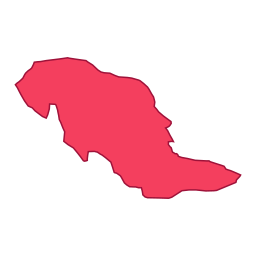 Sumail, Dihok, Iraq (Robinson projection)
{"feature_id": "34846034B96469488868689", "entity_name": "Sumail", "entity_type": "district", "adm_level": 2, "iso_a3": "IRQ", "parent_name": "Iraq", "parent_adm1": "Dihok", "projection": "robinson", "projection_center": [42.773, 36.911], "detail": "fine", "context": "isolated", "style": "filled", "palette": "rose", "viewbox_px": 256, "rotation_deg": 0, "n_neighbors": 0, "source": "geoboundaries", "source_scale": "gbopen_adm2", "svg_char_len": 2219}
<svg xmlns="http://www.w3.org/2000/svg" viewBox="0 0 256 256"><path d="M240.6,175.0L236.4,173.1L230.7,170.7L228.1,169.9L225.9,169.1L224.9,167.5L224.1,166.3L222.5,165.7L214.4,163.1L210.1,161.7L209.1,160.9L208.5,160.9L207.0,160.9L206.4,160.9L195.2,160.3L187.4,158.5L181.8,157.5L180.0,156.9L178.3,156.3L178.0,155.1L177.3,154.3L176.7,153.7L176.1,153.7L175.6,153.7L175.0,153.7L173.7,152.7L172.7,152.3L172.2,151.3L172.0,150.6L171.7,149.3L171.1,147.6L170.1,146.8L168.4,144.6L168.4,141.8L171.3,141.4L171.5,141.4L171.9,141.4L172.8,141.5L173.4,141.6L172.2,139.2L169.9,135.2L167.6,130.6L165.6,128.0L167.9,127.0L169.4,126.0L170.2,125.0L171.2,123.4L171.0,121.6L163.4,116.0L161.3,114.2L158.6,111.9L156.7,109.3L154.2,106.5L154.8,102.1L154.2,99.5L153.5,96.9L151.7,94.1L148.9,89.1L147.4,86.9L147.1,86.7L143.6,83.5L140.0,80.7L138.7,80.1L131.7,78.1L127.3,77.5L121.3,77.1L118.7,76.9L114.7,75.4L109.9,73.2L104.2,72.8L101.0,72.0L97.9,70.0L92.6,65.0L87.8,62.0L86.0,60.6L81.5,60.0L75.8,59.2L69.2,58.2L67.7,57.8L59.3,59.0L46.2,60.6L40.4,61.6L37.5,61.8L34.3,62.2L33.5,64.4L31.7,68.0L30.4,69.2L28.1,70.8L25.6,73.2L24.7,74.6L22.9,78.1L21.3,79.7L19.1,81.7L17.1,83.1L15.4,84.7L17.4,87.7L19.3,91.5L20.9,94.5L24.5,100.8L28.2,106.0L32.3,107.8L35.0,110.8L42.5,116.5L46.2,118.1L47.7,114.8L49.3,109.0L49.6,104.0L55.1,104.3L56.0,105.0L57.6,110.0L58.0,112.3L58.7,115.5L59.3,119.6L60.7,122.3L63.0,128.1L64.7,131.8L63.8,141.3L68.0,144.6L73.4,147.9L77.7,153.1L79.4,155.3L79.8,155.8L80.8,157.1L83.3,160.6L84.2,161.1L84.4,161.1L84.8,161.1L86.0,160.9L87.3,160.4L87.3,158.6L87.7,155.1L88.3,151.6L94.0,151.4L94.5,151.4L96.4,151.9L97.4,152.1L100.3,154.1L102.2,155.1L105.5,157.6L110.9,162.1L112.7,167.5L112.8,167.9L114.2,172.4L114.7,172.7L116.7,173.2L118.4,174.4L120.3,175.7L121.3,177.2L124.4,182.9L126.7,184.9L129.6,186.7L133.8,186.9L134.3,186.9L135.0,186.9L135.6,186.9L138.5,187.7L139.1,187.7L140.9,187.7L141.4,187.7L142.3,191.2L142.9,194.9L145.0,196.9L147.5,197.7L157.3,197.9L157.9,197.9L168.3,198.2L168.8,198.2L171.8,197.2L181.9,190.7L189.2,189.9L189.8,189.9L195.3,189.9L195.8,189.9L205.7,190.9L205.8,190.9L206.2,190.9L213.9,190.7L216.6,190.4L233.5,183.4L235.9,182.4L236.5,179.9L239.8,176.4L240.6,175.0Z" fill="#f43f5e" stroke="#9f1239" stroke-width="1.5"/></svg>